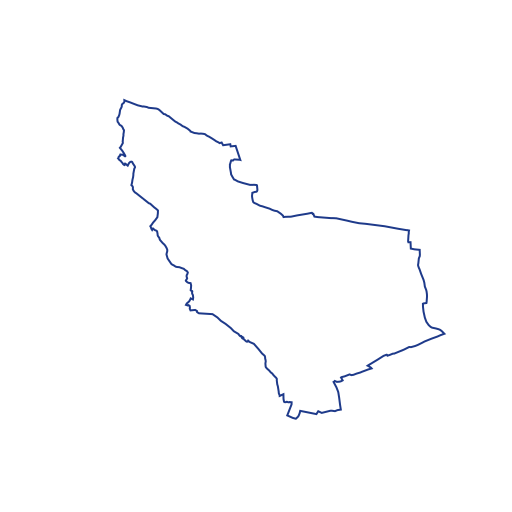 Cozmesti, Vaslui, Romania (Natural Earth projection), rotated 36°
{"feature_id": "2599482B65715279001223", "entity_name": "Cozmesti", "entity_type": "district", "adm_level": 2, "iso_a3": "ROU", "parent_name": "Romania", "parent_adm1": "Vaslui", "projection": "natural_earth1", "projection_center": [27.474, 46.723], "detail": "fine", "context": "isolated", "style": "outline", "palette": "blue", "viewbox_px": 512, "rotation_deg": 36, "n_neighbors": 0, "source": "geoboundaries", "source_scale": "gbopen_adm2", "svg_char_len": 6050}
<svg xmlns="http://www.w3.org/2000/svg" viewBox="0 0 512 512"><g transform="rotate(36 256 256)"><path d="M271.3,328.8L278.0,329.1L282.3,329.9L287.6,329.4L288.6,329.8L289.6,330.0L289.9,330.0L290.3,329.8L290.3,330.1L290.6,330.1L291.4,329.6L292.6,329.5L292.2,330.0L292.4,330.3L293.1,330.6L294.0,330.6L294.4,330.2L295.7,330.6L296.3,330.6L297.7,330.8L298.6,330.8L299.1,330.6L299.5,330.2L299.4,329.1L301.1,329.3L301.8,329.2L305.9,328.3L312.6,329.8L318.1,331.3L321.2,331.6L322.0,331.8L322.8,332.5L323.9,333.8L324.5,334.2L325.6,335.3L325.9,335.7L326.6,337.1L327.0,337.7L328.9,339.9L329.4,340.2L331.0,340.6L334.0,340.9L336.4,341.5L338.2,341.5L339.8,342.0L341.7,342.4L343.9,342.7L345.1,343.2L345.9,344.4L348.6,347.3L350.3,348.6L354.0,352.3L355.0,353.5L355.8,354.1L356.7,354.5L357.4,355.3L359.4,351.7L362.3,355.5L364.1,357.2L364.8,357.5L364.9,357.4L366.0,356.8L366.3,356.4L366.6,355.8L368.0,355.4L368.8,354.9L369.0,354.4L370.8,353.4L372.0,355.2L375.0,366.6L378.3,365.9L380.8,365.4L383.5,364.4L383.9,364.2L384.4,361.6L384.4,360.2L383.7,357.5L382.8,355.3L397.8,348.4L397.6,345.0L401.4,344.3L407.1,337.5L408.1,336.7L409.8,335.8L411.1,335.1L412.5,332.8L414.9,330.4L411.4,326.9L406.7,321.9L403.0,318.2L402.2,317.5L398.3,315.0L392.8,312.3L393.2,311.3L393.2,310.8L395.4,310.3L397.3,308.7L398.0,307.9L398.5,307.2L399.2,305.7L396.2,304.3L396.5,303.6L398.5,301.2L401.3,296.8L403.2,296.3L404.7,294.8L406.5,292.0L408.9,288.9L409.7,287.5L411.5,284.8L413.4,281.9L415.6,279.0L414.8,278.8L412.0,278.9L410.8,279.1L410.9,278.8L415.3,268.4L417.9,261.8L419.4,259.5L419.8,259.0L420.6,259.0L421.0,259.3L422.3,257.5L424.1,254.6L424.9,253.9L425.2,253.7L430.7,244.8L433.4,239.6L435.0,238.6L437.7,235.2L439.2,232.8L441.5,228.4L442.6,226.1L446.6,219.7L450.2,214.4L451.8,211.6L454.1,208.2L450.6,207.6L448.5,207.5L446.8,207.9L444.1,208.9L440.5,210.5L438.9,210.7L436.3,210.4L432.5,209.1L428.8,206.6L424.3,202.6L421.0,199.0L419.1,196.5L419.6,195.7L421.5,193.9L421.1,193.0L418.7,189.1L417.9,187.9L416.7,186.4L414.9,184.5L413.6,183.4L410.6,181.5L407.9,178.7L406.2,177.3L405.4,176.7L400.1,173.4L396.1,170.6L394.8,169.9L392.8,168.5L392.0,167.4L391.8,166.8L389.2,162.3L388.9,161.3L388.6,159.9L387.8,158.6L384.8,154.8L380.4,157.4L376.9,159.0L372.9,154.0L371.2,155.3L370.4,154.7L367.1,149.5L366.3,147.9L365.6,147.0L365.1,146.1L364.8,145.4L363.1,146.2L362.4,146.7L354.8,150.5L342.6,156.3L326.0,165.4L320.1,168.9L313.6,171.9L308.8,173.9L298.8,178.3L295.9,180.2L294.4,181.3L283.3,188.1L280.1,189.8L277.6,188.2L277.2,188.7L275.9,188.2L275.6,188.4L272.8,191.5L265.4,199.0L261.5,203.3L260.5,204.2L257.0,206.8L255.4,208.3L254.9,208.0L254.1,207.5L251.2,207.2L246.9,207.3L245.8,207.8L244.3,208.5L242.0,209.2L239.2,209.7L234.4,211.3L232.1,212.0L229.9,212.9L229.0,213.1L225.9,213.5L223.8,214.0L222.9,214.1L222.1,214.0L220.6,212.9L219.1,211.5L218.5,210.9L217.5,209.8L215.9,207.0L216.8,205.8L217.1,205.2L218.6,203.7L218.7,203.4L218.7,202.9L218.5,202.1L218.2,201.6L215.4,198.4L215.1,198.2L214.6,198.3L214.0,198.7L212.6,199.5L212.0,200.0L209.3,202.0L202.6,204.6L197.5,206.3L194.2,206.7L193.5,207.0L193.0,206.9L190.2,205.7L187.9,204.6L186.9,203.5L182.6,199.4L181.8,198.2L181.2,197.5L180.8,196.3L179.9,193.8L179.8,193.1L181.2,192.4L181.3,191.5L181.7,190.6L186.3,187.7L186.8,187.5L174.8,178.9L171.1,182.2L169.5,180.7L164.3,185.7L161.5,184.4L160.2,186.1L159.0,186.1L156.3,186.6L154.3,186.6L150.8,186.8L147.5,187.1L146.3,187.4L144.9,187.5L143.6,187.4L142.9,187.5L141.6,188.1L139.5,189.3L137.9,190.6L136.0,191.5L133.9,192.7L130.1,193.7L129.9,193.8L129.3,193.4L125.8,193.2L122.1,193.6L120.8,194.0L119.0,194.1L117.9,194.0L115.1,194.4L113.4,194.4L111.8,194.7L109.5,194.6L103.1,194.2L101.9,194.7L99.3,194.7L97.9,195.4L92.3,194.7L90.8,194.7L89.8,194.9L88.5,195.4L82.0,199.2L80.2,199.6L77.1,201.1L76.7,201.6L71.8,203.6L67.0,204.9L63.9,205.7L60.3,206.8L57.9,207.3L58.7,208.3L59.0,209.2L59.0,209.9L58.6,211.3L58.5,211.9L58.6,212.4L58.8,213.0L59.2,213.4L59.6,214.2L59.8,215.0L60.1,217.2L60.3,217.9L62.0,221.1L62.5,222.4L63.0,224.4L62.9,225.0L62.7,225.5L63.0,226.2L63.8,227.3L65.1,228.7L66.7,229.2L68.2,229.9L68.9,230.0L70.7,229.8L72.7,230.5L74.1,231.4L75.0,231.7L75.3,231.9L76.3,233.6L77.1,235.3L77.8,236.2L78.2,236.9L78.9,238.5L79.3,239.1L79.7,239.8L80.3,240.7L80.7,241.6L81.2,242.0L81.9,243.0L82.4,247.3L82.3,248.5L85.8,249.4L88.7,250.5L91.3,251.7L91.6,252.1L91.5,252.3L91.1,252.4L90.1,252.3L88.7,252.4L88.1,252.7L87.7,253.1L86.6,253.6L86.7,254.2L87.1,254.9L86.8,255.4L86.7,256.8L87.0,257.3L87.3,257.9L87.2,258.1L88.9,258.6L90.8,258.6L92.0,259.0L93.5,259.3L94.6,259.8L96.1,259.8L96.3,259.3L95.9,258.9L95.7,258.5L95.7,258.2L96.1,258.1L99.1,258.3L98.7,255.8L98.7,255.1L98.9,254.3L99.0,253.7L99.9,252.8L100.4,252.7L100.8,252.8L101.8,253.4L105.0,254.6L105.8,255.1L106.0,255.4L106.2,256.9L108.4,261.5L109.2,262.6L110.3,264.6L111.1,266.6L111.9,268.2L112.2,268.7L112.9,270.2L113.5,271.9L114.9,272.1L115.7,272.5L116.3,273.1L117.1,274.4L118.9,275.3L120.7,275.7L122.4,275.6L138.3,276.3L139.6,275.9L139.9,275.9L145.2,276.5L146.9,276.5L149.5,276.7L150.0,276.9L151.6,279.3L153.4,282.6L153.4,286.5L153.2,288.3L153.1,289.6L153.2,292.2L153.0,294.0L153.7,294.3L155.4,295.5L156.7,296.0L156.6,294.3L158.9,294.5L160.4,294.1L161.1,294.1L161.6,294.3L163.3,295.9L164.2,297.0L165.2,297.6L167.0,298.1L168.3,299.1L169.1,299.5L173.0,300.4L175.0,300.6L176.5,301.0L178.8,302.0L180.4,303.0L181.3,304.1L182.3,306.7L182.7,307.4L186.0,310.0L192.2,312.2L193.4,312.2L195.0,311.9L196.1,311.9L197.4,311.8L198.6,311.3L200.6,310.1L203.2,309.4L205.1,308.8L206.7,309.0L209.3,308.9L209.8,309.1L210.6,309.5L211.1,311.1L211.2,312.3L212.0,313.5L213.4,314.5L213.6,315.7L213.6,316.9L213.7,317.2L214.1,317.4L215.8,317.6L217.2,317.4L219.0,316.4L220.8,317.9L222.2,320.1L223.3,322.1L224.1,322.2L224.9,321.9L225.2,322.0L225.6,322.9L226.5,324.0L227.9,324.7L229.6,326.5L230.5,328.2L228.1,328.7L228.3,329.4L228.6,332.0L227.9,335.1L228.1,336.7L230.0,336.1L230.1,335.5L231.5,335.3L232.2,335.9L232.8,336.5L233.4,337.6L235.0,338.5L238.5,335.4L240.5,335.2L241.3,336.0L243.5,335.9L255.0,328.6L260.9,328.4L265.7,329.1L271.3,328.8Z" fill="none" stroke="#1e3a8a" stroke-width="2"/></g></svg>